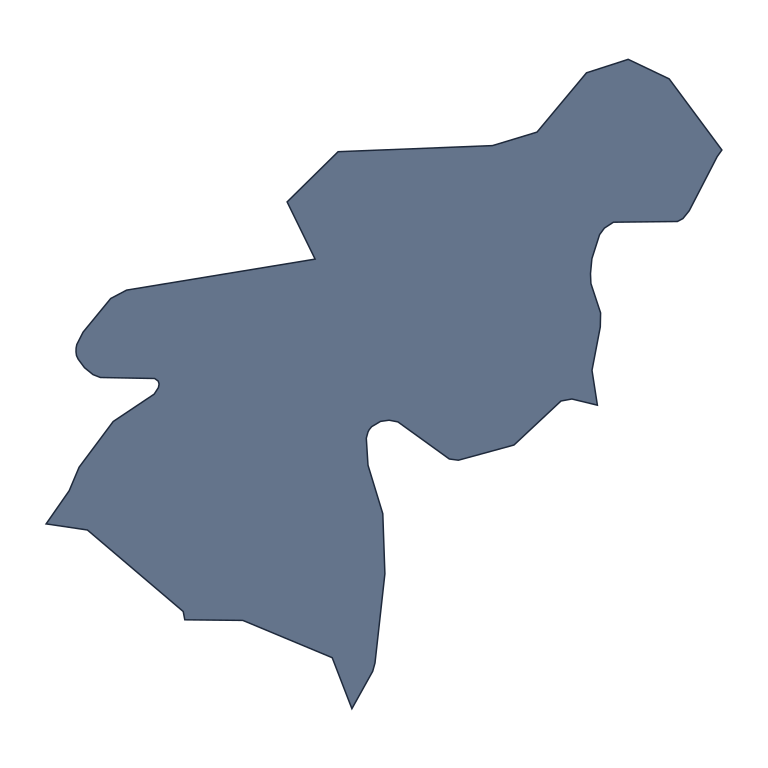 the London Borough of Richmond upon Thames
{"feature_id": "GBR-2075", "entity_name": "Richmond upon Thames", "entity_type": "London Borough", "adm_level": 1, "iso_a3": "GBR", "parent_name": "United Kingdom", "parent_adm1": "", "projection": "mercator", "projection_center": [-0.302, 51.436], "detail": "fine", "context": "isolated", "style": "filled", "palette": "slate", "viewbox_px": 768, "rotation_deg": 0, "n_neighbors": 0, "source": "natural_earth", "source_scale": "10m", "svg_char_len": 932}
<svg xmlns="http://www.w3.org/2000/svg" viewBox="0 0 768 768"><path d="M721.9,150.0L717.2,156.6L689.2,210.8L682.9,218.6L677.4,221.5L613.4,222.2L604.4,228.1L599.6,234.6L591.9,258.7L590.5,273.6L590.9,283.5L600.6,312.9L600.3,326.9L592.0,370.3L597.4,405.2L571.9,399.0L561.0,401.0L514.0,445.0L458.4,460.2L449.3,459.0L397.9,421.9L389.1,420.2L380.5,421.4L371.6,426.7L369.2,429.7L368.0,432.0L366.3,438.2L368.0,465.2L382.8,513.7L384.9,573.8L375.0,663.0L372.7,671.3L351.9,708.7L332.2,657.7L242.8,620.4L184.8,619.8L183.2,611.5L87.4,530.0L46.1,523.9L69.2,490.7L79.1,467.2L113.2,421.5L154.2,394.1L158.4,387.6L159.1,384.0L158.2,381.1L154.7,378.5L100.4,377.5L93.0,374.6L84.5,367.7L78.2,359.2L76.5,355.6L76.0,351.9L76.1,348.1L76.8,344.5L83.1,332.1L110.7,298.5L126.6,290.1L315.1,259.1L287.1,201.9L338.1,151.7L492.5,145.6L537.0,132.1L586.5,72.8L627.4,59.6L628.1,59.3L669.2,78.9L721.9,150.0Z" fill="#64748b" stroke="#1e293b" stroke-width="1.5"/></svg>